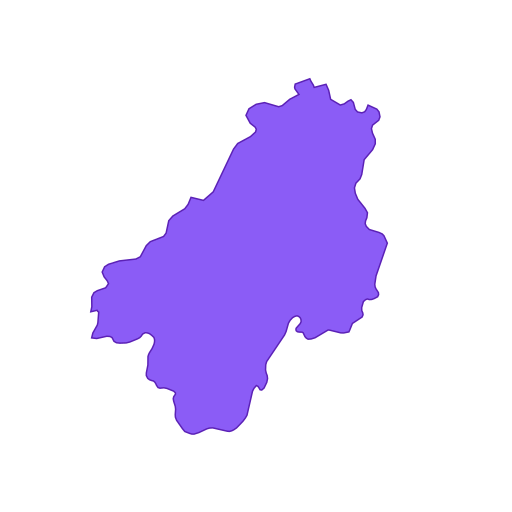 Loiret, Robinson projection, rotated 120°
{"feature_id": "FRA-5317", "entity_name": "Loiret", "entity_type": "Metropolitan department", "adm_level": 1, "iso_a3": "FRA", "parent_name": "France", "parent_adm1": "", "projection": "robinson", "projection_center": [2.43, 47.912], "detail": "fine", "context": "isolated", "style": "filled", "palette": "violet", "viewbox_px": 512, "rotation_deg": 120, "n_neighbors": 0, "source": "natural_earth", "source_scale": "10m", "svg_char_len": 2923}
<svg xmlns="http://www.w3.org/2000/svg" viewBox="0 0 512 512"><g transform="rotate(120 256 256)"><path d="M87.5,308.0L75.6,298.0L77.0,296.1L79.4,291.7L80.9,289.9L72.3,281.2L76.2,275.9L83.0,269.7L83.1,258.5L80.1,255.6L76.0,253.8L73.2,251.9L74.3,248.5L79.4,243.4L80.5,240.1L79.1,235.9L76.8,234.0L74.0,233.7L69.3,234.4L68.4,224.8L69.7,221.5L73.5,218.2L77.1,217.6L84.4,220.5L88.0,219.7L91.4,216.5L95.3,211.1L99.2,208.8L105.6,208.2L118.5,210.5L132.5,205.2L137.2,204.5L143.0,205.9L147.8,204.8L152.0,201.4L156.0,196.2L160.2,185.5L162.8,181.1L167.5,179.1L170.8,178.7L173.4,177.6L175.2,175.3L176.4,171.1L174.1,161.2L173.8,157.7L174.5,155.3L179.2,148.7L213.2,142.1L221.1,139.0L223.3,137.3L224.5,135.6L226.5,131.7L228.2,130.5L230.5,130.3L233.7,132.3L235.8,134.1L237.1,136.1L237.5,138.0L239.0,139.3L241.8,140.2L247.8,138.7L250.4,137.1L251.9,135.1L253.4,133.9L255.8,133.6L266.2,138.8L273.3,137.8L275.3,137.6L278.8,141.6L280.2,144.2L283.4,155.2L283.8,156.1L284.1,156.6L297.3,164.0L300.3,166.8L302.0,169.3L302.0,171.3L301.4,173.2L298.9,176.8L298.9,177.6L299.0,178.2L300.3,180.6L300.9,182.3L300.6,183.9L299.3,184.9L298.3,185.1L292.4,183.9L290.3,184.1L288.5,185.3L287.3,187.0L287.0,188.9L287.3,190.6L288.9,192.2L291.1,193.5L294.6,194.3L298.0,194.3L306.3,192.2L310.1,191.8L342.1,194.0L345.3,193.2L350.0,190.7L352.3,188.6L354.0,186.5L356.4,184.7L360.0,183.5L366.3,183.0L369.2,184.0L369.8,185.6L368.8,187.3L367.9,189.1L368.0,190.9L371.7,191.6L374.9,191.4L398.4,184.2L401.5,184.2L405.7,184.7L414.6,186.9L417.7,188.4L419.5,189.6L421.2,191.3L422.1,193.3L426.5,207.6L428.3,210.3L430.3,212.2L437.5,217.2L441.2,220.6L442.3,222.6L442.8,224.7L443.6,229.9L442.3,233.4L438.0,242.6L435.9,245.2L433.8,246.6L428.9,249.0L426.6,250.7L422.9,254.7L421.0,256.3L419.0,256.9L415.9,256.7L414.8,257.4L414.2,259.6L415.2,266.9L416.2,269.9L418.5,273.1L418.9,275.1L417.8,277.4L416.6,279.1L415.9,280.4L415.5,282.2L416.1,284.4L416.4,286.4L416.1,288.6L414.4,291.2L412.1,292.5L404.5,295.1L397.0,299.3L394.8,299.8L392.7,299.9L388.2,299.7L383.4,300.2L381.2,300.9L379.3,301.9L377.7,303.5L377.5,303.9L376.8,306.8L376.5,309.5L377.0,311.9L377.9,313.7L380.4,315.2L382.6,315.3L384.9,315.9L387.0,317.2L393.6,322.3L396.2,325.0L399.5,330.3L400.9,333.5L400.9,336.3L398.6,339.9L398.7,342.2L400.1,345.1L407.1,352.7L409.1,357.4L404.2,358.8L395.1,358.9L392.8,359.6L383.2,364.2L383.1,365.3L382.5,366.5L386.9,371.2L382.0,372.8L373.8,377.7L368.8,378.0L365.4,376.1L358.7,370.3L353.7,369.9L351.9,372.4L350.0,377.1L346.8,381.2L341.0,381.7L336.9,379.6L328.6,371.9L318.7,358.5L314.5,355.8L301.8,356.2L296.4,354.7L285.3,345.8L281.1,345.3L269.0,349.2L262.9,348.0L250.7,341.3L245.1,340.6L237.7,341.6L234.1,329.3L221.8,325.1L174.6,328.9L167.7,328.1L155.4,320.5L148.9,318.4L146.1,319.1L144.8,321.2L143.9,327.4L139.2,335.0L132.0,335.7L124.5,331.7L118.9,325.3L115.4,311.0L112.7,308.5L103.3,305.1L94.6,299.6L91.8,305.8L90.5,307.0L87.5,308.0Z" fill="#8b5cf6" stroke="#5b21b6" stroke-width="1.5"/></g></svg>